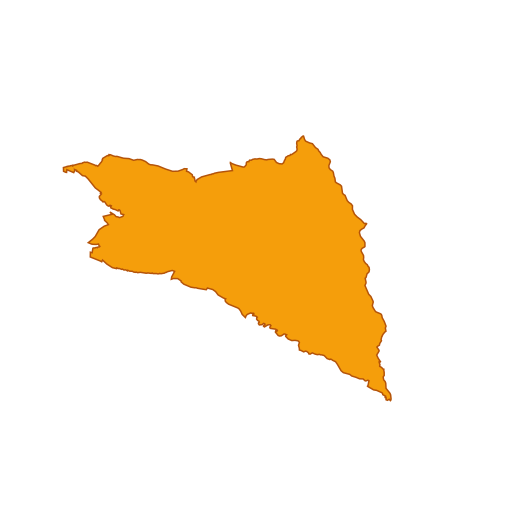 Plopis, Salaj, Romania, rotated 226°
{"feature_id": "2599482B94212373707820", "entity_name": "Plopis", "entity_type": "district", "adm_level": 2, "iso_a3": "ROU", "parent_name": "Romania", "parent_adm1": "Salaj", "projection": "robinson", "projection_center": [22.647, 47.107], "detail": "fine", "context": "isolated", "style": "filled", "palette": "amber", "viewbox_px": 512, "rotation_deg": 226, "n_neighbors": 0, "source": "geoboundaries", "source_scale": "gbopen_adm2", "svg_char_len": 6123}
<svg xmlns="http://www.w3.org/2000/svg" viewBox="0 0 512 512"><g transform="rotate(226 256 256)"><path d="M309.2,373.5L309.6,373.3L309.9,370.7L309.4,369.8L309.7,368.8L309.1,366.9L310.0,365.7L310.0,365.1L308.9,363.6L306.8,362.1L306.2,361.0L304.3,359.8L303.4,358.4L303.4,357.2L304.2,352.1L305.1,351.3L304.7,350.3L305.8,348.7L305.9,347.5L306.3,346.4L306.2,345.7L305.1,344.0L305.1,343.2L303.9,340.6L304.1,338.7L306.3,336.8L309.0,335.7L312.9,336.2L314.3,335.1L317.1,331.7L317.7,330.5L319.4,329.1L322.1,327.5L323.8,326.1L325.1,324.0L326.6,322.7L327.9,320.6L328.2,319.1L329.4,318.0L329.3,317.3L328.8,316.4L329.7,315.5L330.0,314.6L329.7,313.7L328.4,312.4L328.1,309.6L328.8,308.6L335.3,304.7L339.2,302.9L341.0,302.5L340.7,302.1L333.8,298.4L342.3,287.0L344.4,283.6L344.8,282.3L345.6,281.4L345.6,280.6L346.4,279.7L350.7,271.8L351.9,266.8L351.5,265.2L351.7,264.8L351.2,264.3L352.1,264.2L353.1,264.7L353.8,265.4L354.9,265.7L355.5,266.4L357.1,265.5L358.7,266.6L363.4,265.9L365.2,264.9L366.7,266.9L368.7,265.0L369.0,263.7L371.2,258.8L374.9,254.8L381.3,251.4L388.8,248.1L393.4,244.9L394.9,243.5L396.7,242.7L400.6,242.2L404.1,240.8L405.9,239.7L406.6,238.8L407.8,237.8L409.8,234.5L414.3,232.3L418.4,228.6L424.4,225.1L424.9,224.3L426.8,223.0L430.0,221.6L431.0,220.7L430.4,220.4L430.4,219.8L431.5,218.8L432.7,213.6L432.2,212.4L431.7,212.3L430.9,209.6L431.0,208.9L430.6,206.6L430.5,204.5L431.9,204.2L432.5,203.3L433.2,203.3L440.7,199.8L441.7,198.5L442.6,197.9L443.5,195.9L443.4,195.3L444.8,193.6L447.9,187.9L448.6,187.4L448.6,187.1L448.1,186.6L449.0,186.4L449.9,185.2L449.9,184.7L450.8,183.7L451.1,182.7L451.7,182.5L451.7,182.0L453.4,178.9L450.6,176.4L448.3,177.3L447.7,177.8L449.5,179.9L442.6,182.8L443.4,185.0L444.3,185.6L442.1,186.5L441.7,185.8L439.8,186.6L434.4,187.0L432.0,188.7L428.3,188.8L416.6,187.7L409.4,188.8L409.3,187.7L408.0,187.9L407.7,184.7L406.6,183.7L404.5,183.2L403.1,183.5L401.1,183.5L400.8,184.5L399.7,184.8L396.5,184.1L395.0,184.3L394.0,184.8L393.7,185.6L394.0,185.9L393.8,186.3L392.6,186.8L392.2,185.4L391.2,185.0L389.6,185.8L389.2,185.7L387.2,187.0L384.2,188.1L384.1,188.4L384.6,189.2L384.2,189.7L383.3,189.8L380.0,188.1L377.7,189.6L377.0,187.9L377.1,187.4L378.5,184.4L379.9,183.9L381.5,182.7L384.0,182.8L389.1,181.5L386.1,181.2L390.6,173.6L387.1,172.2L386.8,171.8L383.3,172.0L381.1,171.6L382.9,167.5L383.9,161.4L381.7,153.9L381.6,150.3L382.1,144.6L378.8,146.0L377.7,146.8L375.4,149.0L374.0,151.0L372.6,150.4L371.4,150.4L371.3,149.9L372.3,148.4L372.2,147.6L372.8,147.4L373.4,146.6L373.6,145.7L374.4,145.1L374.9,144.1L372.2,140.4L373.8,139.5L370.4,136.1L360.6,140.5L359.0,141.0L359.7,142.8L353.9,143.1L347.4,144.6L343.8,146.9L344.2,147.5L342.3,148.5L342.0,149.0L339.7,150.1L339.4,150.8L337.6,151.3L336.6,152.6L334.6,153.2L334.8,153.9L333.1,154.4L330.8,156.5L329.5,156.8L328.0,157.9L327.7,158.6L326.2,159.3L324.6,161.5L320.2,164.8L319.3,165.7L319.1,166.3L316.2,168.6L315.9,169.5L314.9,169.7L312.4,172.3L311.4,172.9L310.5,174.0L310.4,174.6L309.3,175.3L307.2,178.4L307.1,179.4L306.6,179.9L306.2,181.4L303.8,185.7L301.5,186.8L299.5,180.8L298.1,178.9L297.2,180.9L294.1,184.0L290.1,184.8L289.4,184.2L285.9,184.5L278.8,187.5L275.5,190.0L274.9,190.8L273.3,191.6L266.3,196.8L266.7,198.8L261.9,201.6L258.5,202.2L254.3,201.7L248.6,203.3L246.2,204.4L246.1,203.5L244.7,202.5L243.0,202.4L240.4,202.8L231.3,206.8L229.6,207.1L226.9,206.7L223.6,205.5L219.1,205.6L220.0,207.7L220.0,209.3L218.7,212.7L218.1,212.9L216.4,214.5L215.7,214.2L216.1,213.3L215.9,212.6L215.4,212.3L212.9,214.1L211.1,214.4L211.0,213.6L210.2,212.6L208.6,212.4L207.1,212.8L206.1,212.4L206.2,211.5L205.6,210.7L204.1,210.5L202.4,212.7L202.3,214.6L201.3,215.2L200.7,215.1L200.4,214.7L200.6,213.1L200.2,212.6L199.1,212.8L198.2,216.7L196.7,218.5L195.6,218.4L195.2,216.6L194.7,216.1L193.9,216.1L189.7,219.3L187.8,219.8L187.5,219.6L187.4,218.6L188.4,218.1L187.8,217.1L183.4,216.7L182.0,217.4L181.5,218.1L181.0,218.8L180.4,222.1L179.3,222.8L178.0,223.3L178.0,221.8L177.5,221.5L173.9,221.5L170.3,223.0L168.3,225.4L166.1,227.1L165.0,227.4L163.6,227.1L162.3,224.6L159.6,223.1L158.2,221.9L156.9,222.7L153.9,223.7L153.1,225.6L152.1,226.2L149.9,226.5L148.9,226.0L147.8,226.8L147.2,229.2L144.3,230.4L142.4,231.6L141.2,233.3L140.2,233.7L139.1,234.7L137.0,235.9L132.8,235.9L130.2,237.2L130.2,237.8L129.1,238.5L127.9,238.6L124.7,239.8L121.5,239.3L114.4,237.5L111.4,237.8L105.7,241.2L103.2,241.5L99.2,243.7L95.7,245.2L93.2,247.6L90.3,247.8L89.7,248.5L88.9,250.2L87.8,250.6L84.9,246.4L84.9,245.8L84.4,245.8L78.0,247.6L75.6,249.4L70.2,251.6L69.2,251.5L68.2,250.9L65.2,251.8L64.9,250.9L64.3,251.2L64.0,250.7L63.4,251.0L62.3,249.7L60.9,250.3L60.4,252.3L58.6,252.2L58.7,253.0L59.4,253.9L62.6,256.4L64.2,257.0L70.5,257.6L74.4,261.0L76.1,261.7L78.2,261.8L80.2,263.1L80.8,263.8L81.0,265.2L83.3,267.4L85.3,268.7L85.7,269.3L86.3,268.9L88.7,268.9L90.7,268.3L91.3,268.9L91.5,269.5L94.2,270.9L94.4,271.2L93.5,271.7L93.5,272.1L97.4,272.8L100.9,274.0L102.1,278.4L102.7,279.0L106.5,279.7L106.6,280.6L106.1,282.8L107.1,284.2L107.9,287.4L109.0,287.9L110.7,290.6L110.6,290.8L111.4,292.7L111.8,295.9L111.6,297.2L114.3,299.0L115.2,300.8L119.9,302.8L123.9,303.9L125.9,305.2L127.0,305.6L128.3,305.3L132.4,303.5L133.8,303.5L138.1,304.5L139.6,305.3L141.4,308.3L142.2,308.8L147.1,310.5L150.2,310.5L159.1,313.9L160.1,316.3L160.8,317.0L164.2,319.1L164.1,320.0L164.3,320.6L166.0,323.3L166.1,326.3L167.4,328.1L169.4,329.5L170.5,329.4L172.5,330.0L174.4,329.7L176.8,330.0L178.7,330.7L180.3,332.6L181.7,333.7L186.1,334.9L187.1,335.5L187.5,336.0L187.8,337.7L187.1,340.4L187.2,341.0L189.9,343.6L191.6,344.2L197.6,344.8L201.0,346.6L202.1,348.5L201.8,351.0L201.2,353.2L201.9,355.4L202.3,357.9L203.2,357.8L203.5,356.9L204.2,356.5L209.4,356.6L213.8,355.9L217.6,355.9L222.5,357.7L225.1,360.3L227.3,360.6L230.2,360.0L232.5,360.1L237.8,362.2L239.3,361.8L241.0,361.8L246.8,366.0L248.7,366.0L252.7,364.7L254.2,364.6L257.2,366.8L259.3,367.6L262.3,369.6L263.7,370.1L266.5,369.5L268.7,369.8L270.4,371.2L272.2,375.0L273.9,375.9L276.4,375.6L280.8,373.2L283.9,373.5L286.0,374.1L287.9,374.1L289.7,374.7L292.7,374.1L297.6,374.6L300.1,373.1L304.1,371.5L306.1,371.9L309.2,373.5Z" fill="#f59e0b" stroke="#b45309" stroke-width="1.5"/></g></svg>